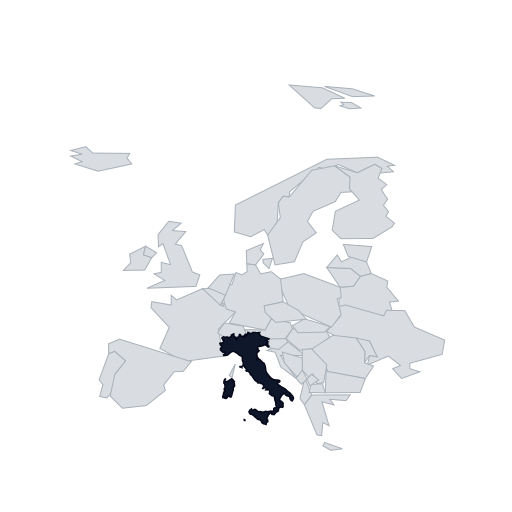 location of Italy within Europe, rotated 9°
{"feature_id": "ITA", "entity_name": "Italy", "entity_type": "country or territory", "adm_level": 0, "iso_a3": "ITA", "parent_name": "Europe", "parent_adm1": "", "projection": "natural_earth1", "projection_center": [11.757, 41.885], "detail": "fine", "context": "in_parent", "style": "filled", "palette": "ink", "viewbox_px": 512, "rotation_deg": 9, "n_neighbors": 37, "source": "natural_earth", "source_scale": "50m", "svg_char_len": 13205}
<svg xmlns="http://www.w3.org/2000/svg" viewBox="0 0 512 512"><g transform="rotate(9 256 256)"><path d="M262.0,81.9L295.3,79.5L319.1,86.3L306.3,88.8L297.0,100.2L290.7,100.5L262.0,81.9ZM378.6,151.3L364.8,154.9L366.5,149.8L358.9,146.9L343.0,158.0L322.7,152.7L315.3,159.8L304.4,158.6L279.3,187.1L279.5,192.7L273.6,192.6L269.7,199.9L272.0,223.5L264.2,233.5L260.0,228.6L247.7,237.8L230.8,235.6L227.7,208.9L310.8,149.4L360.5,139.4L378.7,144.8L371.7,146.7L378.6,151.3ZM348.2,79.4L326.4,83.5L297.1,77.8L324.9,75.8L348.2,79.4ZM336.4,93.4L325.0,96.0L315.6,94.5L319.0,92.8L315.7,90.8L326.3,89.5L336.4,93.4Z" fill="#d9dde1" stroke="#a8b0b8" stroke-width="1"/><path d="M208.3,296.6L244.5,314.5L230.3,334.0L239.2,360.0L200.6,371.6L175.5,362.3L181.5,340.1L160.4,323.5L160.2,317.4L179.9,317.7L178.4,308.1L184.4,311.8L208.3,296.6ZM248.2,378.2L252.5,365.9L251.3,380.0L248.2,378.2Z" fill="#d9dde1" stroke="#a8b0b8" stroke-width="1"/><path d="M264.2,233.5L274.0,214.2L269.7,199.9L273.6,192.6L279.5,192.7L297.6,162.7L319.4,154.6L336.6,163.3L339.9,177.8L330.0,179.9L325.8,189.9L305.4,202.8L301.4,213.8L311.9,223.7L300.2,234.6L294.8,255.7L276.2,261.8L264.2,233.5Z" fill="#d9dde1" stroke="#a8b0b8" stroke-width="1"/><path d="M372.6,255.2L390.2,260.2L390.0,266.3L403.7,278.3L395.0,280.6L398.9,288.7L391.5,295.2L345.5,293.0L344.0,273.7L357.0,270.6L362.3,259.7L372.6,255.2Z" fill="#d9dde1" stroke="#a8b0b8" stroke-width="1"/><path d="M425.6,343.2L436.0,344.7L418.9,354.2L408.6,346.0L415.8,341.5L402.3,334.2L383.1,346.2L383.6,336.5L391.4,336.6L381.3,322.2L356.1,325.4L337.3,319.6L348.6,302.7L345.5,293.0L352.0,290.4L391.5,295.2L393.4,289.2L411.5,286.7L423.5,301.4L455.5,309.6L455.2,324.0L424.7,337.9L425.6,343.2Z" fill="#d9dde1" stroke="#a8b0b8" stroke-width="1"/><path d="M344.0,273.7L346.7,283.8L342.9,285.5L349.2,300.3L341.7,314.5L297.7,302.7L283.7,281.4L283.9,274.9L306.1,265.9L344.0,273.7Z" fill="#d9dde1" stroke="#a8b0b8" stroke-width="1"/><path d="M303.5,322.1L297.2,334.4L288.0,336.5L253.5,330.8L276.5,327.7L280.9,315.7L300.1,316.5L303.5,322.1Z" fill="#d9dde1" stroke="#a8b0b8" stroke-width="1"/><path d="M337.3,319.6L341.7,324.2L331.0,337.5L313.9,342.3L298.5,332.9L303.5,322.1L337.3,319.6Z" fill="#d9dde1" stroke="#a8b0b8" stroke-width="1"/><path d="M367.6,321.3L381.3,322.2L391.4,336.6L383.6,336.5L379.9,344.6L378.5,333.3L367.6,321.3Z" fill="#d9dde1" stroke="#a8b0b8" stroke-width="1"/><path d="M379.9,344.6L389.3,346.2L383.2,359.9L344.9,358.9L325.6,339.1L344.5,322.3L367.6,321.3L378.5,333.3L379.9,344.6Z" fill="#d9dde1" stroke="#a8b0b8" stroke-width="1"/><path d="M362.3,259.7L357.0,270.6L344.0,273.7L327.6,256.3L351.5,253.5L362.3,259.7Z" fill="#d9dde1" stroke="#a8b0b8" stroke-width="1"/><path d="M366.1,244.6L372.6,255.2L362.3,259.7L351.5,253.5L327.6,256.3L336.1,242.3L341.4,248.4L352.5,240.6L366.1,244.6Z" fill="#d9dde1" stroke="#a8b0b8" stroke-width="1"/><path d="M368.9,228.6L366.1,244.6L347.2,242.0L340.4,230.9L368.9,228.6Z" fill="#d9dde1" stroke="#a8b0b8" stroke-width="1"/><path d="M283.9,274.9L290.0,297.0L271.9,304.0L280.9,315.7L276.5,327.7L240.1,326.4L244.5,314.5L235.0,313.0L231.1,305.2L231.1,290.7L236.8,287.6L238.7,275.5L245.3,276.8L249.7,272.8L248.1,265.0L257.0,264.9L263.4,272.9L273.6,269.1L283.9,274.9Z" fill="#d9dde1" stroke="#a8b0b8" stroke-width="1"/><path d="M342.8,355.3L344.9,358.9L383.2,359.9L380.2,374.5L345.8,380.3L342.8,355.3Z" fill="#d9dde1" stroke="#a8b0b8" stroke-width="1"/><path d="M371.4,432.9L360.4,436.2L351.8,433.1L352.9,429.4L371.4,432.9ZM332.7,384.6L370.9,378.4L367.5,384.8L351.3,386.0L356.3,390.9L344.0,389.7L354.7,412.3L348.1,410.0L348.9,423.1L344.2,423.2L327.0,395.2L332.7,384.6Z" fill="#d9dde1" stroke="#a8b0b8" stroke-width="1"/><path d="M332.7,384.6L327.0,395.2L321.7,389.8L323.3,368.7L332.7,384.6Z" fill="#d9dde1" stroke="#a8b0b8" stroke-width="1"/><path d="M301.0,335.9L320.3,346.7L295.7,350.3L314.6,370.5L297.7,361.6L290.0,348.1L281.5,347.6L301.0,335.9Z" fill="#d9dde1" stroke="#a8b0b8" stroke-width="1"/><path d="M254.3,327.2L259.3,336.1L238.5,342.1L230.1,337.9L235.2,327.1L254.3,327.2Z" fill="#d9dde1" stroke="#a8b0b8" stroke-width="1"/><path d="M229.4,305.5L231.9,310.8L228.5,310.2L229.4,305.5Z" fill="#d9dde1" stroke="#a8b0b8" stroke-width="1"/><path d="M232.0,299.5L228.5,310.2L208.3,296.6L224.4,293.9L232.0,299.5Z" fill="#d9dde1" stroke="#a8b0b8" stroke-width="1"/><path d="M237.4,277.2L232.0,299.5L213.6,295.0L223.1,280.4L237.4,277.2Z" fill="#d9dde1" stroke="#a8b0b8" stroke-width="1"/><path d="M125.8,375.6L131.3,372.2L143.7,380.0L135.0,395.2L137.4,408.7L130.9,419.5L123.6,419.2L124.9,407.0L120.4,402.9L125.8,375.6Z" fill="#d9dde1" stroke="#a8b0b8" stroke-width="1"/><path d="M133.9,417.2L135.0,395.2L143.7,380.0L131.3,372.2L125.8,375.6L124.1,365.7L134.3,359.5L208.6,370.5L202.1,381.3L193.2,383.1L185.0,397.9L187.5,402.9L171.0,420.9L147.9,427.2L133.9,417.2Z" fill="#d9dde1" stroke="#a8b0b8" stroke-width="1"/><path d="M153.3,274.0L148.3,287.3L127.2,291.0L133.3,282.3L130.9,273.9L145.5,263.6L144.6,272.4L153.3,274.0Z" fill="#d9dde1" stroke="#a8b0b8" stroke-width="1"/><path d="M257.0,264.9L248.1,265.0L245.6,252.2L261.3,242.5L259.2,249.3L263.4,252.8L257.0,264.9ZM272.6,255.6L270.8,266.4L264.2,261.7L263.3,258.3L272.6,255.6Z" fill="#d9dde1" stroke="#a8b0b8" stroke-width="1"/><path d="M153.3,274.0L144.6,272.4L145.5,263.6L157.3,268.4L153.3,274.0ZM173.0,277.9L162.1,258.3L158.3,262.2L155.9,250.2L164.5,235.3L176.9,235.3L169.5,244.0L182.8,242.9L174.4,256.8L180.9,257.3L195.7,281.8L203.5,283.4L201.4,295.4L153.4,304.9L169.7,294.3L158.0,289.6L165.0,287.0L163.4,277.1L173.0,277.9Z" fill="#d9dde1" stroke="#a8b0b8" stroke-width="1"/><path d="M115.3,174.4L113.1,179.3L118.9,184.5L86.6,197.0L62.8,193.4L69.4,190.0L57.4,186.3L68.4,182.6L56.5,180.8L70.7,174.7L78.7,179.9L115.3,174.4Z" fill="#d9dde1" stroke="#a8b0b8" stroke-width="1"/><path d="M282.5,335.8L298.5,332.9L301.0,335.9L292.8,344.9L281.9,344.5L282.5,335.8Z" fill="#d9dde1" stroke="#a8b0b8" stroke-width="1"/><path d="M366.5,149.8L364.5,160.1L373.9,165.1L369.3,170.7L377.1,179.3L373.9,185.9L379.9,191.6L378.1,196.6L387.6,201.9L385.8,205.9L368.7,220.4L337.2,225.6L327.2,218.7L327.4,199.4L349.3,184.6L337.7,174.9L336.6,163.3L319.4,154.6L343.0,158.0L358.9,146.9L366.5,149.8Z" fill="#d9dde1" stroke="#a8b0b8" stroke-width="1"/><path d="M340.2,314.0L335.9,320.4L309.4,325.2L302.7,319.2L313.6,310.5L340.2,314.0Z" fill="#d9dde1" stroke="#a8b0b8" stroke-width="1"/><path d="M290.0,297.0L306.8,303.2L315.6,310.5L285.8,318.5L273.7,310.1L271.9,304.0L290.0,297.0Z" fill="#d9dde1" stroke="#a8b0b8" stroke-width="1"/><path d="M315.3,369.0L300.7,357.0L297.1,346.8L320.2,349.9L321.2,361.1L315.3,369.0Z" fill="#d9dde1" stroke="#a8b0b8" stroke-width="1"/><path d="M341.6,371.8L345.8,380.3L329.7,382.5L330.5,374.2L341.6,371.8Z" fill="#d9dde1" stroke="#a8b0b8" stroke-width="1"/><path d="M316.3,341.0L325.6,339.1L343.0,352.4L342.6,370.6L336.1,372.5L330.5,363.6L326.9,367.6L319.6,361.5L316.3,341.0Z" fill="#d9dde1" stroke="#a8b0b8" stroke-width="1"/><path d="M325.6,369.5L321.0,375.7L314.6,370.5L319.6,361.5L325.6,369.5Z" fill="#d9dde1" stroke="#a8b0b8" stroke-width="1"/><path d="M329.4,375.9L325.6,369.5L329.3,364.1L337.3,368.7L329.4,375.9Z" fill="#d9dde1" stroke="#a8b0b8" stroke-width="1"/><path d="M236.8,340.8L237.5,341.2L238.9,340.9L240.3,340.4L242.0,340.9L243.4,340.1L243.5,339.8L244.3,338.8L244.3,338.6L244.0,338.0L244.1,337.9L245.0,337.3L245.5,336.8L245.9,336.4L246.3,336.4L246.4,336.8L246.4,337.8L246.5,338.1L247.7,339.3L248.9,339.5L249.0,339.7L248.6,340.2L249.3,340.9L249.5,341.4L249.8,341.7L250.3,341.5L250.4,341.3L250.1,340.3L250.2,340.1L250.3,339.8L251.5,338.3L251.8,337.7L251.9,336.1L252.2,336.0L253.0,336.1L253.4,337.2L253.7,337.6L254.5,337.7L256.1,337.1L256.5,337.1L257.2,338.2L257.4,338.2L257.7,338.2L257.9,338.0L257.6,337.1L257.4,336.6L257.2,336.4L257.2,336.1L257.5,335.1L258.2,334.9L258.7,335.4L259.3,335.5L259.8,335.5L259.9,335.2L259.8,334.9L259.6,334.5L259.6,333.9L260.0,332.8L261.5,333.0L262.0,333.4L262.5,333.6L263.6,333.6L263.8,333.4L264.0,332.9L264.5,332.2L265.3,331.9L267.2,331.7L268.8,331.8L271.5,331.0L271.2,331.8L271.4,332.2L272.1,333.1L272.9,334.2L273.5,334.5L278.2,335.3L280.3,335.5L281.7,335.8L281.6,336.2L280.8,336.7L279.7,337.5L279.6,338.0L279.7,338.3L279.9,338.4L280.1,338.3L280.4,338.3L281.3,338.7L281.3,338.8L281.2,339.1L280.3,339.9L280.3,340.3L280.5,340.4L281.1,340.4L281.2,340.5L280.9,341.6L281.0,341.8L281.5,342.0L281.9,342.2L282.7,342.9L283.0,343.5L282.8,343.7L282.3,343.8L281.9,343.7L282.4,343.4L281.3,342.2L280.8,342.2L280.2,342.7L278.5,342.2L278.1,342.4L277.9,342.8L277.3,343.3L276.4,343.5L275.5,344.1L273.7,344.8L273.3,344.8L274.0,344.1L273.7,344.1L272.7,344.5L272.2,344.9L271.9,346.7L272.3,347.0L273.0,348.4L273.9,349.0L273.5,350.1L272.9,350.5L272.5,350.2L272.2,350.2L272.0,351.1L272.4,353.7L273.0,355.4L273.7,356.2L275.0,357.4L276.5,358.0L279.2,360.1L280.6,360.7L281.0,361.0L281.9,362.6L282.7,364.4L283.5,367.2L284.1,368.6L285.3,370.2L287.8,372.5L290.0,374.2L292.1,375.2L293.8,375.4L297.6,375.1L298.3,375.2L299.0,375.5L299.2,376.2L298.9,376.7L298.1,377.2L297.3,377.9L297.2,378.8L298.0,379.5L301.7,381.3L305.6,382.7L306.8,383.5L308.2,384.6L311.5,386.3L312.1,387.0L314.2,388.7L315.1,390.0L315.3,391.0L314.9,392.1L314.7,392.8L314.4,393.5L313.5,393.2L312.5,392.5L311.0,389.5L308.3,389.2L307.7,389.0L306.8,388.5L306.7,388.1L306.4,387.7L306.2,387.6L305.2,387.5L304.5,388.0L303.6,389.1L302.7,390.7L301.8,393.2L301.8,394.1L302.3,395.1L303.9,395.6L305.1,396.4L305.9,397.3L306.0,399.4L306.4,400.6L305.9,401.3L304.9,401.2L303.5,401.6L302.6,402.4L302.2,403.1L302.3,405.0L302.1,405.8L300.3,407.2L299.4,408.6L298.8,409.8L296.4,409.9L295.9,409.0L295.8,407.8L296.2,407.0L297.1,406.7L297.6,405.1L297.4,404.0L297.8,403.5L298.1,403.1L299.6,402.7L299.7,401.1L299.0,400.4L298.4,397.6L297.1,395.2L296.5,393.1L296.0,392.0L295.2,391.5L293.9,391.5L293.2,391.3L290.8,389.9L290.6,389.6L290.7,389.2L291.0,388.7L290.8,387.9L290.5,387.1L290.0,386.5L289.5,386.1L288.0,386.5L287.4,386.4L286.8,386.7L286.6,386.7L287.4,385.6L287.1,385.3L286.3,384.9L284.9,384.8L284.7,385.0L284.5,384.9L284.5,384.4L283.2,382.1L282.3,381.2L281.9,381.1L281.1,381.3L279.8,380.8L279.0,380.8L277.9,381.1L277.5,381.0L277.4,380.7L276.2,379.7L274.7,379.2L271.8,376.2L270.9,375.1L269.0,373.9L267.9,372.1L266.9,371.5L265.5,370.9L264.5,371.2L264.2,371.0L264.8,370.7L264.7,370.0L263.1,368.2L262.2,367.7L261.5,366.5L261.1,366.3L260.7,366.4L260.2,366.2L260.3,364.8L260.3,364.2L259.8,362.8L258.9,361.5L258.4,358.6L258.0,357.8L257.1,357.2L254.9,356.5L251.9,354.6L251.3,354.6L249.5,353.8L248.4,353.7L246.9,354.4L245.1,356.2L243.7,358.0L243.2,358.4L241.3,359.1L239.7,359.4L239.6,358.5L240.8,357.1L240.9,356.6L240.7,355.9L240.4,355.9L238.9,356.3L238.5,356.2L236.2,354.9L235.7,354.5L235.5,354.0L235.7,353.7L235.3,353.0L236.2,351.5L236.5,351.4L236.7,351.2L236.4,350.2L236.1,350.0L235.1,349.8L234.7,349.4L234.6,349.0L234.4,348.6L234.0,348.2L234.0,347.8L234.4,347.5L235.4,347.6L236.4,346.9L237.1,346.7L237.3,345.8L237.5,345.5L237.6,345.3L236.7,344.5L236.3,343.8L235.8,343.0L235.3,342.7L235.2,342.4L235.2,342.1L235.3,341.8L236.2,341.3L236.8,340.8ZM273.7,358.2L273.8,357.8L273.8,357.4L273.3,357.5L273.0,357.9L273.3,358.3L273.7,358.2ZM295.4,407.4L294.7,408.8L293.0,411.2L292.6,412.9L292.1,414.0L292.2,415.1L293.0,415.9L292.7,416.2L293.5,417.2L293.5,417.6L293.5,417.9L292.8,418.6L292.5,419.0L292.3,419.4L292.2,419.9L292.3,420.3L292.3,420.8L291.5,420.7L290.7,420.5L289.9,420.6L288.0,419.8L287.0,418.3L286.3,417.6L285.4,417.1L283.8,417.2L283.0,416.9L281.5,415.8L279.9,415.0L278.6,413.9L277.7,413.6L276.9,413.1L275.3,413.1L274.9,412.9L274.1,412.2L273.4,410.9L274.2,408.9L275.0,408.4L275.5,407.7L276.3,408.8L276.7,409.0L277.1,409.0L277.7,408.6L277.8,408.2L278.5,407.7L279.4,407.7L279.8,407.8L280.1,408.2L280.8,408.4L282.1,409.3L282.9,409.5L283.9,409.1L284.7,409.0L286.4,409.2L287.3,409.0L287.9,408.9L288.8,408.6L289.5,408.0L289.9,407.9L291.2,407.9L292.2,408.0L292.6,407.9L292.9,407.5L293.3,407.3L293.7,407.4L294.8,406.8L295.3,406.8L295.8,407.0L295.4,407.4ZM254.0,384.3L254.4,384.8L255.1,387.1L255.2,387.6L254.8,388.5L254.1,389.6L254.2,390.6L254.4,391.1L254.5,391.8L254.3,392.6L253.8,397.5L253.4,399.2L252.9,399.4L251.4,398.7L250.6,398.9L249.9,398.5L249.7,400.3L249.3,400.9L248.7,401.4L248.1,401.4L247.5,401.3L247.0,401.3L246.7,400.9L245.5,398.8L245.4,396.4L245.7,395.7L245.8,395.0L245.8,394.4L245.9,394.1L246.2,394.4L246.4,394.3L246.4,393.3L246.1,392.8L245.5,392.7L245.4,392.1L245.5,391.6L245.8,391.3L245.9,390.8L245.9,389.4L245.5,388.9L245.4,388.1L245.2,387.6L244.0,386.3L244.0,385.2L244.3,384.0L244.9,384.5L245.3,384.6L246.0,384.7L246.7,384.6L248.4,383.7L249.7,382.3L250.4,382.0L250.8,381.7L250.9,381.2L251.3,381.0L251.6,381.5L252.1,381.6L252.8,382.0L253.4,382.8L253.9,383.1L254.0,383.2L253.7,383.3L253.5,383.9L254.0,384.3ZM259.4,367.2L259.6,367.5L259.5,367.9L259.5,368.4L259.0,368.0L258.1,368.2L257.6,368.2L257.4,367.8L257.5,367.6L258.4,367.6L258.6,367.5L259.1,367.5L259.4,367.2ZM245.9,400.0L245.5,400.9L245.1,400.3L245.0,399.8L245.1,399.6L245.9,400.0ZM245.0,382.7L244.5,383.3L244.2,383.3L244.6,382.4L245.0,382.2L245.2,382.4L245.0,382.7ZM270.8,420.2L270.4,420.3L270.0,420.0L270.0,419.5L270.0,419.4L270.6,419.6L270.8,420.2ZM283.9,385.7L283.5,385.9L283.3,385.8L283.2,385.7L283.3,385.3L283.9,385.5L283.9,385.7Z" fill="#0f172a" stroke="#020617" stroke-width="1.5"/></g></svg>